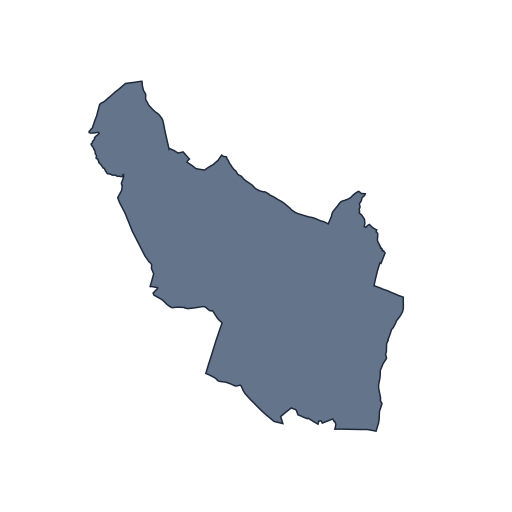 outline of Balaceana, Suceava, Romania, rotated 76°
{"feature_id": "2599482B81871248350111", "entity_name": "Balaceana", "entity_type": "district", "adm_level": 2, "iso_a3": "ROU", "parent_name": "Romania", "parent_adm1": "Suceava", "projection": "natural_earth1", "projection_center": [26.038, 47.646], "detail": "fine", "context": "isolated", "style": "filled", "palette": "slate", "viewbox_px": 512, "rotation_deg": 76, "n_neighbors": 0, "source": "geoboundaries", "source_scale": "gbopen_adm2", "svg_char_len": 6088}
<svg xmlns="http://www.w3.org/2000/svg" viewBox="0 0 512 512"><g transform="rotate(76 256 256)"><path d="M425.1,270.5L417.7,270.9L416.4,268.0L415.4,266.1L414.0,263.1L411.9,258.4L412.6,257.8L413.2,256.9L413.8,255.9L414.3,255.0L415.2,254.4L415.9,254.2L420.3,253.7L422.0,251.2L423.4,249.6L426.3,245.6L426.0,244.7L429.0,241.7L429.8,241.0L434.2,236.5L431.5,235.1L431.5,233.4L432.1,232.5L434.2,232.1L432.7,221.0L435.6,220.2L435.7,219.6L436.7,219.4L438.2,219.3L438.9,219.4L440.5,220.0L443.1,221.4L444.4,215.9L449.8,196.0L451.3,190.0L452.8,186.5L453.4,185.3L455.0,181.9L447.9,177.6L444.0,175.9L436.6,173.8L433.7,171.9L429.6,169.4L426.6,170.3L423.5,169.4L414.2,169.0L410.9,168.3L404.4,165.3L401.2,164.2L397.2,163.1L391.3,158.8L388.8,156.1L387.5,154.6L386.6,154.0L382.7,154.0L380.3,152.6L372.7,150.5L370.5,148.7L370.1,148.3L369.4,148.4L369.1,147.9L368.0,147.4L363.0,144.0L360.1,142.3L359.4,141.0L358.4,139.9L355.3,137.1L352.5,135.1L351.9,134.0L349.9,131.6L348.9,130.4L347.2,128.8L345.7,127.4L344.3,126.6L342.3,125.7L338.5,124.7L336.0,124.2L331.6,123.0L328.8,127.2L325.9,131.0L324.5,133.0L324.0,133.6L323.0,135.0L322.5,135.4L321.7,136.5L318.8,141.0L317.2,143.0L316.1,144.5L315.7,145.3L313.9,147.7L313.4,148.7L307.5,145.8L300.1,141.9L296.8,140.0L292.5,137.3L293.4,136.5L288.9,133.3L284.3,130.0L281.7,131.1L281.4,131.4L281.7,131.8L281.4,132.2L281.1,132.3L280.6,132.2L280.0,131.9L279.7,131.9L279.2,132.3L278.8,132.3L278.6,132.4L278.6,133.1L277.2,133.1L275.9,133.3L274.1,133.7L270.9,134.4L270.4,134.4L269.0,134.1L265.6,132.9L264.3,132.6L263.9,132.5L263.3,132.6L262.8,132.8L262.3,133.1L261.6,133.6L260.4,132.9L259.9,132.5L259.4,133.2L257.4,135.3L255.7,136.6L253.9,137.6L252.8,138.4L253.3,140.1L253.8,141.1L254.7,142.3L254.5,142.6L254.3,143.0L253.7,143.9L250.8,142.5L247.2,141.9L246.7,141.9L246.2,142.0L242.6,143.2L241.6,143.7L240.6,144.3L239.1,145.5L238.4,145.0L237.9,144.7L236.1,144.6L235.5,144.5L234.1,143.5L233.6,143.2L232.8,143.1L231.0,143.1L230.3,143.0L230.0,142.8L229.0,141.5L228.1,140.6L225.4,139.2L225.0,138.8L224.3,137.3L223.5,136.1L222.7,135.3L222.0,134.9L221.2,137.5L220.8,138.7L218.4,140.4L218.1,140.8L218.1,141.3L218.8,143.4L219.1,144.4L220.6,147.5L221.6,149.0L222.3,150.2L222.5,151.1L222.7,151.7L223.1,153.1L223.3,155.5L223.5,155.9L223.5,158.0L223.6,159.2L224.0,160.7L225.2,162.5L227.2,164.8L229.0,167.3L231.8,170.9L233.8,172.3L234.6,172.7L235.3,172.9L236.7,173.9L242.1,178.0L242.3,178.2L240.2,180.5L238.8,182.5L237.2,185.2L236.5,186.2L235.7,187.1L233.9,189.5L232.0,192.6L231.3,194.4L229.5,197.6L225.4,204.5L224.1,206.3L223.6,206.9L222.4,208.1L219.4,210.8L218.9,210.9L218.1,211.3L212.1,215.6L209.8,217.5L209.0,218.3L207.7,219.8L206.4,221.2L204.0,223.4L202.8,224.7L200.7,227.1L199.9,228.3L199.2,228.3L196.0,231.6L195.5,233.3L193.8,236.5L191.5,239.2L190.4,240.3L186.7,242.3L185.4,243.3L184.2,244.5L183.6,244.9L182.6,245.8L180.1,248.1L177.9,249.6L176.6,250.1L175.2,250.9L174.7,251.3L174.1,252.0L173.4,252.9L172.1,254.0L170.9,254.4L169.5,254.7L169.0,254.9L167.9,255.5L166.7,256.5L163.2,258.0L161.8,258.4L159.6,259.3L156.8,259.8L155.8,260.1L155.1,260.5L154.1,260.6L153.3,260.6L152.8,260.7L152.4,261.0L152.2,261.5L152.1,262.3L151.3,263.7L151.0,264.1L149.8,264.9L153.9,269.6L157.1,275.9L158.3,280.3L160.2,285.2L156.7,293.1L152.7,296.2L148.2,300.3L147.2,299.4L146.8,298.9L145.8,297.1L144.8,297.7L141.7,299.3L137.4,301.5L137.2,306.8L134.0,309.8L130.8,313.8L131.3,314.5L112.7,314.1L106.0,313.7L102.0,313.6L99.9,314.0L96.7,315.3L94.3,316.6L92.1,318.6L89.8,320.2L86.5,322.1L84.0,323.4L83.1,323.8L82.3,324.0L80.8,324.2L78.2,325.0L77.7,325.1L77.0,325.1L75.3,324.7L73.8,324.2L72.7,324.0L71.9,324.0L71.4,324.1L69.0,324.9L68.3,325.1L67.4,325.1L64.4,325.1L62.0,324.9L60.6,324.6L58.9,324.4L58.7,325.2L58.3,329.0L58.2,330.8L57.8,333.9L57.0,340.9L61.6,350.1L62.5,352.4L66.4,359.8L66.9,361.1L67.5,362.2L69.0,365.0L69.7,366.8L70.0,368.6L70.5,370.0L71.2,371.1L81.6,376.8L87.0,380.6L88.2,381.2L90.2,382.6L92.1,383.7L92.7,384.9L93.4,385.9L93.9,386.3L94.7,387.8L95.6,388.0L96.0,388.0L96.9,386.2L97.6,382.3L97.6,380.9L97.9,379.6L98.1,378.7L98.3,378.7L99.5,378.8L101.0,382.4L101.7,383.3L102.0,384.0L102.7,384.1L103.4,384.4L103.8,384.8L104.6,385.7L105.1,386.7L105.5,387.0L106.5,387.4L107.0,388.0L107.3,388.5L107.5,389.0L109.8,388.5L111.0,387.8L112.4,387.5L113.1,387.5L113.9,387.3L114.7,387.0L115.6,386.8L116.2,386.9L117.4,387.2L118.0,387.2L118.8,386.8L119.7,386.6L120.2,386.6L121.0,386.8L121.9,387.4L122.7,387.4L123.1,387.0L123.6,386.2L124.0,386.0L125.0,386.0L126.1,385.8L127.2,385.9L127.8,385.7L128.4,385.2L129.9,384.5L131.0,383.9L133.4,383.2L134.2,382.3L134.3,382.0L135.5,381.7L136.5,381.6L137.3,381.4L138.0,380.9L138.8,380.9L139.6,380.6L140.1,380.2L140.5,379.8L140.9,378.0L141.4,377.7L141.5,377.2L142.3,376.5L142.7,376.0L143.0,375.3L143.2,374.1L143.5,372.9L144.0,372.3L145.0,371.5L145.2,371.2L145.4,370.0L145.6,369.2L146.2,368.4L146.2,367.6L146.8,366.3L146.7,365.8L145.8,365.6L144.9,365.5L144.8,365.3L144.8,364.9L146.1,365.0L147.0,365.3L148.2,365.9L152.5,368.8L153.3,369.1L154.7,369.1L155.3,368.7L159.7,370.5L160.4,371.0L165.9,376.1L171.0,375.5L182.7,372.7L202.2,370.0L229.3,363.7L233.3,362.1L235.4,361.4L236.9,360.3L238.8,359.4L239.2,359.4L242.5,360.4L243.2,360.4L248.5,359.6L258.0,364.9L259.8,366.1L260.2,366.0L260.4,364.6L262.9,359.2L263.3,359.0L263.9,359.8L264.7,360.9L265.6,362.6L266.3,363.4L267.0,364.8L269.2,364.6L274.9,358.5L276.8,356.9L281.5,354.1L284.3,351.8L285.8,350.0L286.0,349.4L286.3,346.6L286.8,344.2L287.3,342.3L288.7,337.8L289.1,337.8L290.6,334.9L291.6,326.9L292.0,321.8L292.2,320.0L292.4,319.2L292.8,318.2L293.1,317.7L293.7,317.1L295.7,315.8L297.3,314.6L297.8,314.1L298.5,312.7L298.4,311.4L306.5,308.7L308.5,307.8L312.7,305.0L317.4,308.2L328.4,315.3L341.8,323.4L349.7,328.3L357.8,333.1L360.0,330.2L363.7,326.0L364.4,325.3L365.1,324.7L368.0,323.0L368.7,321.8L369.3,320.6L370.6,317.0L371.5,315.3L373.8,311.8L377.2,307.4L377.5,305.2L377.4,302.7L377.8,302.3L378.3,302.0L379.6,301.6L383.4,301.0L385.6,300.3L386.9,299.9L394.6,295.8L398.3,293.4L400.1,292.5L408.4,287.5L409.9,286.4L412.2,284.9L420.1,279.1L420.6,278.7L421.4,277.6L425.1,270.5Z" fill="#64748b" stroke="#1e293b" stroke-width="1.5"/></g></svg>